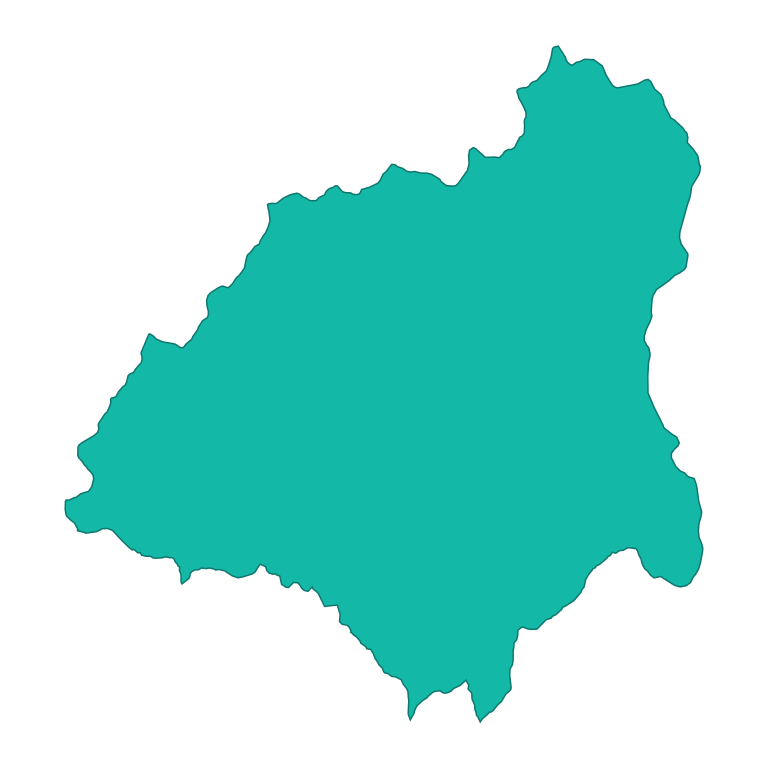 Laya, Gasa, Bhutan (Equal Earth projection)
{"feature_id": "84629894B6989657948479", "entity_name": "Laya", "entity_type": "district", "adm_level": 2, "iso_a3": "BTN", "parent_name": "Bhutan", "parent_adm1": "Gasa", "projection": "equal_earth", "projection_center": [89.7, 28.07], "detail": "fine", "context": "isolated", "style": "filled", "palette": "teal", "viewbox_px": 768, "rotation_deg": 0, "n_neighbors": 0, "source": "geoboundaries", "source_scale": "gbopen_adm2", "svg_char_len": 6054}
<svg xmlns="http://www.w3.org/2000/svg" viewBox="0 0 768 768"><path d="M480.2,721.9L482.5,718.7L487.7,714.2L489.2,712.3L491.6,711.8L492.8,710.9L497.9,704.6L501.5,701.4L505.9,694.0L508.9,691.6L510.9,689.2L511.1,687.4L509.7,675.0L510.0,669.1L512.4,664.8L513.1,660.3L513.2,650.6L513.9,647.0L513.9,643.0L516.7,639.8L517.8,634.9L517.7,631.7L518.3,629.8L521.7,627.3L523.0,627.0L526.6,628.6L529.8,629.3L536.0,629.3L537.3,628.8L546.2,619.7L551.1,618.2L552.5,616.3L555.8,614.7L561.8,609.3L562.7,607.2L565.1,606.3L573.9,600.6L581.1,592.1L582.1,589.4L584.1,587.0L585.6,579.7L589.0,573.8L591.9,570.6L592.8,568.9L595.1,567.8L596.5,565.8L599.7,564.3L606.4,558.6L608.4,556.3L610.2,555.5L612.4,552.3L615.8,553.2L619.4,550.7L623.6,550.2L627.1,548.0L630.0,547.8L636.2,548.7L637.6,551.2L639.1,555.6L641.0,558.9L641.8,562.7L643.1,566.0L645.0,569.0L647.5,571.1L650.8,575.5L654.2,577.9L660.6,576.5L674.5,585.3L680.2,586.9L686.2,585.7L690.7,582.4L692.6,578.0L695.8,573.9L698.5,569.3L700.5,562.5L702.5,551.7L702.8,548.2L701.7,543.8L699.0,537.2L698.4,530.7L698.9,523.7L701.0,516.4L701.7,512.0L698.7,501.2L697.0,488.1L696.1,484.2L694.2,478.5L687.9,476.6L684.4,472.7L680.6,471.3L675.9,466.6L671.4,457.8L671.4,453.4L674.0,449.7L677.9,446.0L679.3,442.9L676.7,437.1L672.1,434.3L664.1,428.1L663.0,425.0L654.0,407.2L648.0,392.9L647.8,375.7L648.6,362.1L650.0,356.1L650.0,353.5L648.8,348.0L646.4,344.6L644.2,340.5L644.4,336.0L646.2,329.5L649.9,321.9L651.9,316.2L651.2,311.8L652.1,299.0L653.2,295.3L656.5,289.6L669.0,280.7L674.9,275.2L680.2,272.6L684.4,269.5L685.9,267.4L687.9,255.7L687.7,253.6L681.3,244.2L679.5,237.7L679.9,231.9L687.6,204.1L689.5,198.9L690.8,193.1L691.7,186.4L698.7,174.9L699.9,171.6L700.4,165.9L699.6,165.5L697.7,155.6L693.0,148.9L687.2,142.5L687.9,137.8L686.8,132.9L684.8,131.0L683.0,128.1L674.2,119.9L671.0,118.2L664.1,104.8L663.4,100.2L661.0,94.7L654.6,89.0L650.7,81.4L648.0,79.4L644.3,80.3L637.8,84.0L617.5,87.9L615.0,87.2L612.2,85.0L606.2,75.3L602.3,65.9L593.7,59.7L585.4,59.3L584.3,59.4L579.9,61.6L576.4,62.3L572.7,64.9L570.9,65.1L568.1,62.9L566.3,60.3L565.2,56.9L558.2,46.1L554.0,47.1L552.6,48.6L551.2,56.9L547.9,67.1L546.2,71.1L541.0,75.8L537.0,80.4L532.4,82.2L530.4,83.8L529.1,85.9L527.3,87.2L526.3,87.7L522.4,87.9L518.9,88.8L517.4,89.9L517.0,91.1L517.2,92.9L518.1,94.7L518.8,98.1L522.3,104.2L524.6,108.8L524.9,110.2L525.8,111.5L526.1,116.7L524.7,119.2L524.3,121.1L524.6,125.9L524.2,133.3L521.9,136.2L519.6,137.4L514.6,147.4L511.1,149.6L508.8,149.4L505.8,150.7L504.1,152.1L502.9,154.3L499.2,157.7L494.3,157.0L486.4,157.4L484.9,157.0L475.6,148.6L473.3,147.6L469.6,150.1L468.6,155.5L469.1,163.9L467.4,170.4L458.4,183.2L455.9,185.6L453.4,186.1L446.5,185.7L440.8,181.4L440.1,179.6L431.9,174.4L426.9,173.1L420.6,173.0L414.8,171.5L410.5,172.0L406.8,171.3L402.7,168.4L397.5,166.7L395.0,164.7L391.7,164.4L386.0,171.8L383.2,174.0L380.4,179.9L377.9,183.2L369.3,187.3L361.6,189.5L359.6,193.7L357.0,194.6L353.1,194.4L350.8,192.9L345.5,192.6L342.4,191.7L337.6,186.0L335.1,185.8L333.2,187.5L330.1,188.3L328.1,189.5L326.1,191.7L324.5,194.9L319.0,197.6L316.2,200.6L311.5,200.8L309.1,200.2L305.6,197.9L303.5,197.3L299.1,193.9L296.8,193.2L290.1,194.8L283.2,198.2L277.2,203.0L274.7,203.7L272.7,203.3L269.7,203.6L267.5,204.5L268.4,209.9L268.9,210.8L270.0,221.0L267.8,227.8L265.6,232.7L263.5,235.4L260.3,240.8L259.3,244.1L254.9,246.5L250.5,252.3L247.5,255.0L246.4,258.2L244.3,268.5L238.9,275.7L236.7,277.4L232.1,284.2L229.1,287.0L227.5,287.7L223.1,286.2L221.8,286.2L218.1,287.9L210.8,292.6L208.1,295.4L206.6,300.3L207.1,306.2L208.4,311.5L208.3,315.0L207.3,317.7L202.5,320.8L198.5,327.0L197.7,329.6L192.8,336.6L191.8,339.1L185.8,344.2L184.5,346.3L182.7,347.9L180.2,347.4L175.5,344.3L173.5,343.7L162.8,341.9L156.4,339.2L153.3,336.0L149.7,333.8L148.7,334.5L141.4,351.9L141.1,353.8L141.9,356.4L142.0,359.7L141.3,362.5L135.3,369.4L133.4,372.5L130.2,373.8L128.1,375.7L126.7,381.7L125.1,385.3L123.1,386.5L118.7,391.5L115.9,396.7L113.2,397.8L111.5,398.0L110.6,399.3L110.8,403.0L108.6,408.9L107.0,412.0L104.9,413.9L98.6,423.3L98.2,425.7L99.0,428.1L97.7,432.4L94.0,435.6L81.9,442.7L79.2,444.8L78.0,447.0L77.8,455.5L78.8,457.9L82.3,461.6L84.3,464.9L86.4,466.8L88.1,469.5L90.6,471.8L93.0,474.9L93.7,478.8L91.7,486.9L88.5,491.4L80.8,493.7L76.3,497.3L74.1,497.7L69.2,500.1L66.2,500.0L65.5,501.0L65.4,502.2L65.2,509.3L65.8,513.8L66.6,516.1L70.8,520.2L74.4,522.9L77.6,528.6L77.6,530.8L84.6,532.5L85.4,533.1L86.6,533.0L96.3,531.7L101.2,529.5L101.9,528.7L107.7,528.5L112.5,530.4L121.7,540.3L129.3,547.7L132.3,550.0L133.9,549.3L137.8,552.8L140.2,552.6L141.6,555.2L145.8,556.2L151.0,556.4L152.8,557.9L155.4,558.2L162.1,557.8L165.2,557.0L168.1,557.2L170.1,557.9L171.7,557.5L173.9,558.7L175.3,562.0L177.0,563.7L178.2,566.2L179.7,567.0L179.4,570.4L181.0,574.5L181.1,582.2L182.0,583.9L188.8,578.6L189.9,576.3L190.0,574.2L191.3,572.0L194.4,570.0L198.6,569.7L201.5,568.0L206.3,568.6L209.4,568.0L213.7,568.9L215.7,570.0L219.1,569.5L224.6,570.8L232.0,575.7L237.9,577.8L243.1,576.8L252.6,573.8L255.0,572.1L259.1,565.4L260.2,564.2L265.7,566.7L266.6,570.2L268.9,573.0L273.1,574.3L274.9,573.7L277.3,575.3L279.8,576.0L281.6,584.4L286.4,587.4L288.6,587.5L293.5,582.5L297.8,582.8L300.1,585.3L301.9,588.6L304.3,590.4L308.0,591.3L312.2,587.0L313.2,589.1L316.2,591.3L318.3,593.5L324.6,606.4L337.3,605.0L340.1,614.4L339.5,621.6L342.3,624.4L347.0,625.1L349.0,627.0L350.4,629.4L351.0,631.4L350.7,632.4L351.9,632.9L353.4,634.8L356.6,637.0L360.1,641.1L360.8,643.2L365.5,646.4L367.0,648.9L370.7,649.4L373.4,653.8L374.9,658.2L377.4,661.7L378.9,664.7L382.4,668.2L383.6,671.6L384.6,672.8L387.8,673.5L391.9,676.5L395.1,676.7L401.1,679.6L403.4,684.4L407.0,689.1L408.0,692.1L408.4,698.3L408.8,699.9L408.2,713.4L408.4,714.7L410.3,719.9L413.8,713.7L414.9,709.8L417.2,705.4L422.9,700.4L427.3,697.5L428.3,696.0L432.8,692.3L434.4,691.5L438.1,690.9L440.2,691.0L442.7,692.6L444.8,693.2L447.4,692.8L450.9,691.2L453.7,688.4L459.9,685.6L465.9,680.2L468.6,685.0L468.6,686.7L468.0,688.9L471.7,693.0L472.1,699.2L474.7,705.1L474.9,709.5L476.1,712.6L476.5,715.3L477.7,716.5L480.2,721.9Z" fill="#14b8a6" stroke="#0f766e" stroke-width="1.5"/></svg>